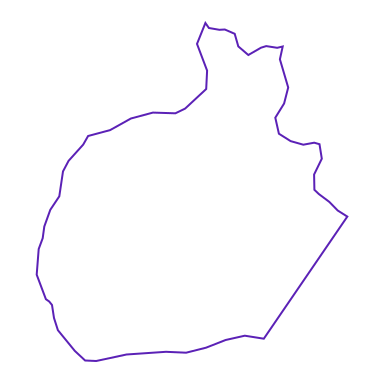 an SVG outline of Aksaray
{"feature_id": "TUR-3021", "entity_name": "Aksaray", "entity_type": "Province", "adm_level": 1, "iso_a3": "TUR", "parent_name": "Turkey", "parent_adm1": "", "projection": "natural_earth1", "projection_center": [33.872, 38.466], "detail": "fine", "context": "isolated", "style": "outline", "palette": "violet", "viewbox_px": 384, "rotation_deg": 0, "n_neighbors": 0, "source": "natural_earth", "source_scale": "10m", "svg_char_len": 825}
<svg xmlns="http://www.w3.org/2000/svg" viewBox="0 0 384 384"><path d="M175.4,113.3L185.1,108.6L206.2,89.0L207.1,70.6L197.0,43.9L205.4,23.0L208.9,28.0L219.4,29.8L224.8,29.5L234.7,33.8L238.3,46.4L248.3,55.0L261.0,47.7L266.2,46.1L277.2,47.8L282.7,46.5L279.9,59.3L288.2,87.5L284.1,103.5L275.3,117.7L278.9,133.7L290.6,141.1L303.3,144.7L314.2,142.7L319.5,144.2L321.8,158.7L314.1,174.5L314.4,189.8L318.8,194.0L329.3,201.9L337.7,210.5L347.3,216.6L263.8,338.7L244.8,335.7L225.6,340.0L206.0,347.7L186.1,352.7L166.0,351.8L126.5,354.5L96.2,361.0L85.1,360.5L74.8,350.9L57.9,330.2L54.0,318.0L52.0,305.0L49.2,301.5L45.9,299.2L36.7,274.7L38.7,249.0L42.7,238.2L44.3,226.5L50.3,209.8L59.3,196.3L63.0,171.4L68.6,160.8L83.2,144.6L88.1,136.0L110.1,130.1L130.9,118.5L152.9,112.6L175.4,113.3Z" fill="none" stroke="#5b21b6" stroke-width="2"/></svg>